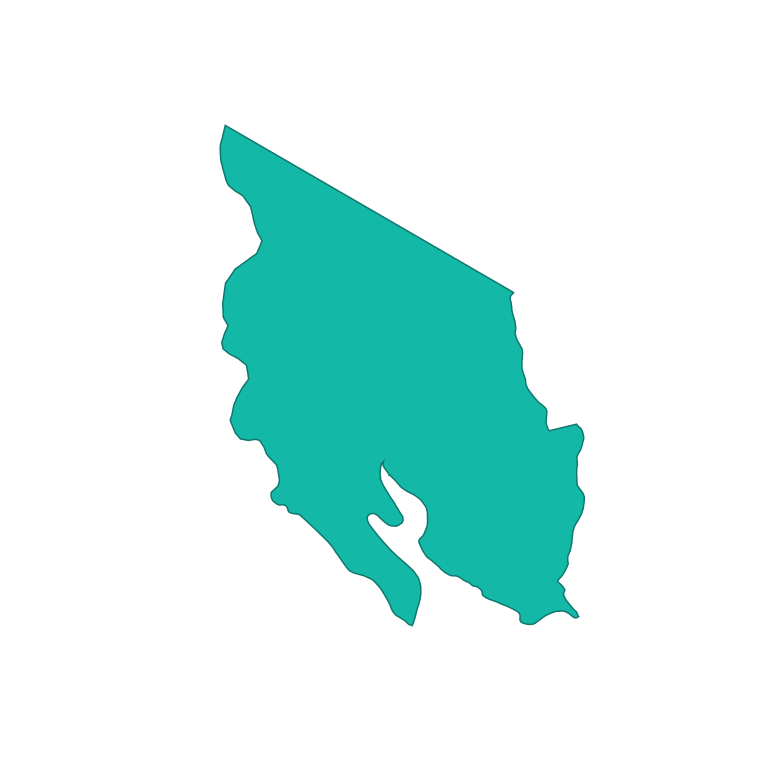 Despinoze, Dennery, Saint Lucia, rotated 324°
{"feature_id": "8701671B1025448555952", "entity_name": "Despinoze", "entity_type": "district", "adm_level": 2, "iso_a3": "LCA", "parent_name": "Saint Lucia", "parent_adm1": "Dennery", "projection": "natural_earth1", "projection_center": [-60.912, 13.95], "detail": "fine", "context": "isolated", "style": "filled", "palette": "teal", "viewbox_px": 768, "rotation_deg": 324, "n_neighbors": 0, "source": "geoboundaries", "source_scale": "gbopen_adm2", "svg_char_len": 5207}
<svg xmlns="http://www.w3.org/2000/svg" viewBox="0 0 768 768"><g transform="rotate(324 384 384)"><path d="M264.7,596.0L268.0,594.1L271.4,591.5L276.5,587.3L280.3,584.1L282.1,583.1L287.5,578.5L291.0,574.7L294.7,569.3L296.0,566.4L297.7,561.6L297.9,559.3L298.0,552.7L297.3,549.0L296.0,542.3L293.5,531.7L291.7,521.7L290.9,514.3L290.0,504.1L289.7,497.0L289.5,488.8L290.3,485.1L291.8,482.3L293.5,481.1L296.5,481.0L298.3,481.8L300.3,483.5L301.5,486.4L302.0,489.9L303.5,496.8L304.6,500.1L306.0,502.5L309.0,505.2L310.8,506.4L312.2,506.7L313.4,506.8L316.6,506.9L318.0,506.5L319.4,505.5L321.1,502.3L321.2,501.0L321.5,495.5L321.8,493.6L322.0,489.5L322.4,487.5L322.6,483.3L322.6,480.0L323.1,474.3L323.3,471.6L323.7,466.4L324.2,463.3L325.4,458.9L325.2,458.2L325.7,458.2L326.8,456.7L328.0,454.4L330.6,451.2L333.2,448.5L335.3,446.9L338.2,446.4L335.4,449.0L335.2,450.1L335.0,453.0L334.9,460.3L334.5,460.9L335.1,461.1L335.8,465.0L336.4,469.1L337.1,476.8L338.0,480.4L340.3,485.9L342.9,490.7L344.1,493.9L345.5,498.4L345.7,501.6L345.7,507.4L345.2,510.0L342.9,514.7L341.8,515.8L339.1,520.0L335.5,524.2L332.5,526.2L327.6,529.2L325.1,529.9L321.7,530.3L319.9,531.4L318.9,533.6L318.2,537.4L317.3,542.0L317.1,546.7L317.1,549.5L318.4,553.4L320.0,559.8L320.4,561.6L321.2,565.5L321.1,566.6L322.6,572.4L324.2,576.2L325.9,578.8L327.1,579.7L329.2,581.3L330.0,582.3L331.0,583.8L332.8,588.1L332.9,589.1L334.6,592.3L336.1,594.9L336.9,598.3L337.5,600.0L339.0,601.3L340.0,602.6L340.9,604.8L341.5,607.6L341.1,609.9L340.1,611.5L339.7,613.1L340.7,616.4L342.7,620.1L344.7,622.9L347.2,626.6L348.9,629.8L352.9,636.0L356.2,642.1L357.6,645.0L358.7,648.1L358.4,650.3L357.9,651.5L356.3,653.5L355.3,654.8L354.9,656.8L356.0,659.3L358.0,661.8L360.7,664.3L364.0,666.1L366.2,666.4L370.4,666.3L376.3,666.3L379.1,666.4L385.2,667.7L388.3,668.6L389.9,669.0L392.0,670.8L393.9,671.7L395.5,673.0L396.7,674.2L397.2,675.4L398.9,678.6L399.4,681.1L400.1,683.9L401.0,685.3L401.9,686.0L402.8,686.4L404.9,686.5L404.7,685.4L404.9,684.9L405.8,681.6L405.6,681.1L405.3,679.7L404.7,674.9L404.3,665.6L404.8,661.9L405.8,659.3L407.5,658.0L408.7,657.4L409.1,656.9L409.5,656.0L409.5,651.7L409.0,649.1L408.7,647.7L408.6,647.2L408.5,645.8L410.3,644.8L411.7,644.5L415.7,643.7L417.3,643.0L419.7,642.0L422.6,640.6L423.9,639.9L425.1,639.2L427.4,637.7L428.4,635.7L428.9,634.8L430.4,632.7L432.0,631.0L433.1,630.4L433.9,629.9L436.7,628.3L439.9,625.3L442.8,622.6L443.6,621.6L445.9,618.9L450.0,614.5L454.0,611.4L455.4,610.7L456.7,610.0L458.6,609.3L460.8,608.4L467.7,605.0L472.7,601.2L475.6,598.0L476.3,597.4L478.5,594.7L479.7,593.0L480.5,590.4L480.7,589.1L480.8,588.3L480.7,583.9L480.7,579.9L481.4,578.6L481.9,577.6L483.7,574.9L484.8,573.4L485.5,572.3L487.6,569.0L488.5,567.9L489.5,566.7L491.0,564.7L492.6,563.5L494.5,560.7L495.2,559.7L495.5,559.0L496.4,557.2L498.4,555.6L500.3,554.5L503.9,553.1L505.3,552.1L508.1,550.1L511.1,547.5L512.7,546.3L513.3,545.8L514.9,543.4L516.4,539.6L517.0,536.7L517.0,534.6L516.3,532.9L516.2,531.6L516.2,529.7L490.1,518.9L490.1,517.2L490.7,515.5L491.2,513.6L491.6,512.2L492.9,509.8L495.4,506.9L496.7,505.4L497.6,504.4L498.8,503.1L500.0,501.1L500.4,499.5L500.4,497.4L500.0,495.9L499.6,493.9L498.3,489.8L497.7,483.7L497.5,478.1L497.5,473.1L497.7,471.5L498.4,468.2L499.7,465.6L501.2,463.3L502.9,457.6L503.1,456.9L504.5,453.0L505.1,451.9L508.1,447.7L510.3,445.1L511.7,443.5L514.6,440.0L516.3,436.8L516.7,433.7L517.3,428.3L517.6,426.9L517.9,424.9L519.0,422.0L519.7,420.5L520.6,419.2L523.0,416.9L524.3,414.7L526.7,410.3L529.8,401.7L531.1,398.9L531.7,398.0L532.9,396.2L533.8,394.3L535.0,392.2L535.3,391.0L535.6,390.1L537.3,387.7L538.2,387.3L540.5,386.7L541.8,386.5L542.6,386.1L407.6,81.5L397.5,90.1L392.4,94.2L390.2,96.8L386.1,102.9L383.4,107.3L380.3,115.0L375.9,126.6L374.9,132.1L377.0,140.3L380.4,148.5L380.3,162.0L376.8,170.6L373.8,177.2L370.6,187.3L369.5,196.3L365.0,199.3L357.8,203.6L349.8,203.6L335.2,203.6L331.2,203.5L327.6,204.8L322.0,206.9L315.3,209.1L309.8,214.7L304.9,219.9L300.7,224.2L295.6,232.1L293.5,235.0L293.1,236.4L292.1,245.0L290.7,246.0L284.5,249.6L279.6,253.2L277.0,255.2L275.4,259.0L274.5,261.0L276.6,268.9L279.4,274.4L281.0,277.9L283.8,288.1L282.8,289.8L280.1,295.5L277.3,300.5L272.0,302.2L267.5,303.6L262.1,306.1L257.7,308.2L250.4,312.6L247.4,315.3L243.1,319.4L238.3,322.9L238.1,323.4L234.9,336.4L235.6,344.1L239.2,347.9L241.2,350.0L247.0,352.9L248.4,354.2L250.2,356.5L249.9,364.3L248.7,368.6L247.9,371.3L247.9,372.1L247.9,374.5L248.9,381.6L249.5,386.1L248.5,389.4L245.3,395.8L243.3,399.7L242.1,401.2L239.1,403.7L237.5,404.3L235.9,404.6L229.5,405.3L228.3,406.1L226.7,408.4L225.8,410.6L225.4,412.9L226.2,416.4L227.1,418.6L228.0,420.3L230.6,421.8L231.5,422.7L232.9,424.1L233.2,426.7L231.8,430.7L231.9,431.7L232.5,433.1L234.0,435.0L238.3,439.2L239.0,440.8L239.7,444.1L240.5,447.9L240.7,449.0L242.9,460.2L244.0,467.1L245.0,472.3L246.0,478.8L246.6,486.0L246.1,491.9L246.2,496.1L246.0,502.2L246.0,512.7L246.4,514.9L247.8,517.9L249.3,520.1L252.5,524.1L254.8,526.9L256.7,530.2L259.3,534.8L259.8,536.5L260.2,538.7L260.8,543.3L261.0,548.6L260.6,553.7L260.1,559.2L259.1,566.2L257.9,569.9L257.5,572.8L257.5,576.1L258.0,578.7L259.5,582.1L261.7,587.6L262.2,590.2L262.8,593.3L263.9,594.5L264.7,596.0Z" fill="#14b8a6" stroke="#0f766e" stroke-width="1.5"/></g></svg>